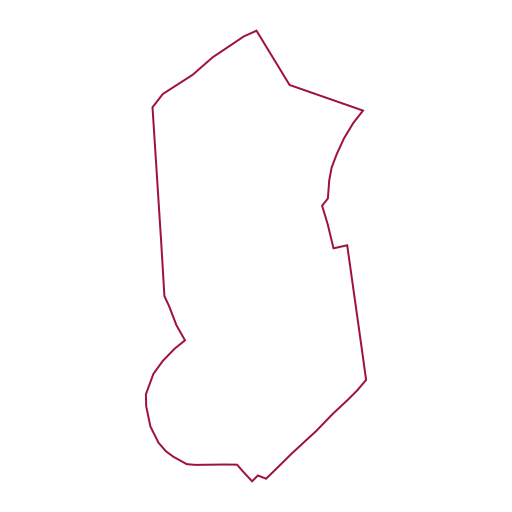 outline of Tuol Kouk, Phnom Penh, Cambodia
{"feature_id": "14789045B87565610199894", "entity_name": "Tuol Kouk", "entity_type": "district", "adm_level": 2, "iso_a3": "KHM", "parent_name": "Cambodia", "parent_adm1": "Phnom Penh", "projection": "mercator", "projection_center": [104.898, 11.57], "detail": "fine", "context": "isolated", "style": "outline", "palette": "rose", "viewbox_px": 512, "rotation_deg": 0, "n_neighbors": 0, "source": "geoboundaries", "source_scale": "gbopen_adm2", "svg_char_len": 768}
<svg xmlns="http://www.w3.org/2000/svg" viewBox="0 0 512 512"><path d="M366.1,379.9L362.0,350.3L355.4,303.4L352.4,282.2L351.2,273.6L347.2,245.3L333.5,248.3L327.8,224.6L322.1,205.7L327.9,198.4L329.2,180.6L331.6,167.6L336.7,154.2L344.0,138.3L353.4,122.8L363.0,110.6L289.6,85.0L256.5,30.7L243.8,36.4L231.0,45.0L212.5,57.4L192.9,74.6L162.8,94.0L152.5,107.3L161.3,244.0L164.4,296.1L169.2,306.4L176.4,325.2L185.0,340.3L174.6,348.7L162.7,361.0L153.4,373.9L145.9,394.3L146.2,406.3L150.4,426.5L158.5,442.7L165.6,451.0L173.3,456.7L186.6,464.1L195.1,464.9L224.9,464.5L237.1,464.7L242.7,471.2L252.1,481.3L257.9,475.5L266.1,478.7L277.6,467.5L291.9,453.4L306.8,439.6L315.9,431.3L332.9,413.7L347.4,400.2L357.2,390.4L366.1,379.9Z" fill="none" stroke="#9f1239" stroke-width="2"/></svg>